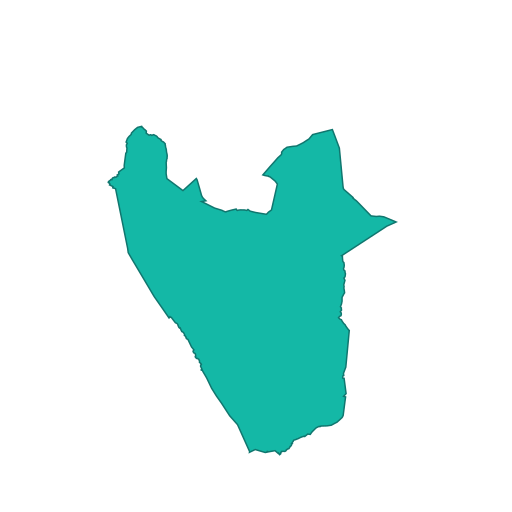 the district of Atarjea, Guanajuato, Mexico, rotated 315°
{"feature_id": "50627088B98903395743063", "entity_name": "Atarjea", "entity_type": "district", "adm_level": 2, "iso_a3": "MEX", "parent_name": "Mexico", "parent_adm1": "Guanajuato", "projection": "natural_earth1", "projection_center": [-99.815, 21.277], "detail": "fine", "context": "isolated", "style": "filled", "palette": "teal", "viewbox_px": 512, "rotation_deg": 315, "n_neighbors": 0, "source": "geoboundaries", "source_scale": "gbopen_adm2", "svg_char_len": 5785}
<svg xmlns="http://www.w3.org/2000/svg" viewBox="0 0 512 512"><g transform="rotate(315 256 256)"><path d="M112.6,390.2L118.6,392.3L123.6,401.5L125.1,402.5L125.5,402.2L125.8,402.1L126.1,402.6L125.9,402.9L125.9,403.0L131.8,407.1L132.1,411.1L132.6,411.2L132.3,412.4L132.2,412.5L132.2,413.2L132.3,413.2L133.7,413.3L133.8,412.9L134.6,412.4L135.5,412.6L135.9,412.3L136.6,412.9L137.1,413.3L137.7,414.0L138.2,414.6L139.5,414.9L140.1,414.7L140.5,414.5L141.1,414.8L141.8,414.7L142.4,415.2L142.8,415.3L143.2,415.5L143.5,415.3L143.8,415.3L144.4,415.2L144.7,415.1L145.2,414.9L145.5,414.8L145.7,415.0L145.8,415.0L146.6,415.0L147.3,414.8L147.8,414.6L147.9,414.4L148.6,414.2L148.9,414.2L148.7,413.8L149.0,413.8L149.5,413.6L150.0,413.5L150.5,413.4L151.0,413.4L151.7,413.2L152.0,413.0L152.7,413.0L154.4,414.0L155.3,414.2L156.0,414.7L159.6,415.9L160.1,416.2L160.4,416.2L160.6,416.4L161.6,416.9L161.8,417.1L162.3,417.3L162.7,417.4L162.8,418.1L165.6,418.4L166.5,418.4L167.2,419.2L167.4,419.4L168.2,420.5L168.8,420.4L170.5,420.1L171.7,420.0L172.7,420.0L173.1,420.0L176.1,420.0L177.2,420.1L177.6,420.2L180.2,421.1L180.5,421.9L181.6,422.1L186.1,426.3L189.6,428.9L193.4,430.0L195.8,430.8L202.4,431.1L203.5,430.9L205.0,430.3L216.0,421.8L219.7,419.0L218.7,417.2L222.4,417.0L231.8,404.8L231.0,404.0L231.1,403.8L231.1,403.4L231.8,402.9L232.5,402.3L233.2,402.2L233.6,402.5L234.9,400.8L240.9,398.1L269.3,374.6L269.2,374.3L269.4,372.3L269.9,369.2L270.4,367.6L270.3,365.7L270.8,362.9L271.3,361.5L270.7,359.9L270.7,358.0L272.4,357.8L273.9,358.3L275.2,357.5L276.0,356.5L276.1,355.0L276.3,354.9L278.0,354.8L278.4,354.6L278.7,353.8L279.6,353.2L279.8,351.6L282.5,350.4L284.9,348.8L287.6,346.1L291.8,344.8L292.6,344.7L294.1,342.8L295.5,340.7L296.5,340.1L297.7,338.4L301.7,336.1L302.5,333.8L304.3,333.6L305.7,332.6L306.8,331.7L307.2,330.7L307.7,330.3L308.4,329.2L308.2,327.9L309.2,326.6L310.3,326.2L311.9,324.9L313.5,322.8L313.5,321.3L315.6,318.7L317.0,317.2L316.7,316.3L369.6,327.4L379.1,331.0L374.1,318.7L371.5,315.2L369.0,313.1L365.7,309.0L366.0,288.6L365.9,287.0L365.8,286.9L365.6,284.4L365.5,283.5L366.0,283.3L365.2,271.1L365.6,269.9L366.3,268.9L367.0,268.0L391.2,238.7L396.4,227.3L399.4,220.6L390.3,215.2L388.3,214.0L384.1,211.5L381.9,210.2L376.1,210.7L373.6,210.1L369.6,209.3L366.2,208.2L362.4,206.9L359.6,204.5L354.8,201.0L352.3,200.6L350.9,200.3L347.5,200.7L346.9,201.4L346.6,201.8L345.4,202.2L344.9,202.2L340.8,202.0L334.8,202.4L329.1,202.7L322.5,203.2L318.2,203.5L319.0,205.1L319.8,206.3L320.3,207.0L321.0,208.0L321.1,208.4L321.3,208.4L321.3,208.8L321.9,210.2L322.5,216.5L322.0,220.2L319.2,222.0L299.5,234.4L295.8,233.8L294.0,233.9L292.8,233.8L286.5,225.0L283.6,220.2L283.2,217.4L281.7,217.3L280.4,215.3L277.6,212.4L276.4,211.4L275.0,210.6L274.9,210.3L274.9,209.7L275.1,209.4L275.2,208.8L271.4,206.4L266.8,203.8L266.3,203.7L265.9,203.4L265.7,203.3L265.5,203.1L265.4,202.8L264.8,201.4L264.7,201.1L264.6,200.8L264.2,199.6L260.6,192.8L256.0,179.0L259.6,181.5L259.5,178.2L259.7,176.5L260.3,174.7L264.5,167.2L268.2,160.5L268.6,159.0L250.6,158.1L247.7,138.3L250.7,134.2L252.1,132.8L255.1,130.2L256.9,128.2L258.2,126.8L258.6,126.3L259.7,125.7L260.6,124.9L261.2,124.5L262.3,124.0L262.7,123.5L263.6,122.8L264.4,122.0L264.6,121.7L265.3,120.8L265.5,120.3L266.1,119.5L267.0,118.2L267.6,117.7L267.9,117.0L268.3,116.6L269.2,114.8L269.7,114.4L270.6,112.9L271.1,112.6L271.2,111.3L271.2,109.9L270.8,108.8L270.5,107.1L271.2,106.5L271.0,105.8L270.8,105.2L270.5,104.1L270.3,103.7L270.3,103.3L270.3,102.4L270.5,101.6L270.3,100.3L269.8,99.1L269.6,98.5L269.6,98.1L269.4,97.9L269.2,97.6L268.9,97.5L267.6,97.1L267.5,96.7L267.4,95.9L266.7,95.4L265.8,95.0L265.2,91.5L266.8,90.2L266.8,88.4L266.6,87.5L266.7,84.2L266.3,83.9L266.7,83.4L263.2,81.3L259.6,80.9L254.8,81.0L253.7,81.8L250.8,81.7L248.2,82.0L244.7,83.6L244.7,85.2L244.5,85.5L243.9,85.5L243.1,85.7L242.6,86.1L242.1,86.6L241.5,87.4L241.1,88.4L237.7,91.3L236.7,91.2L226.9,98.7L225.2,100.6L220.5,99.8L218.2,99.5L217.1,101.0L215.1,100.6L214.9,101.4L214.7,101.2L214.5,101.5L214.2,101.5L213.5,101.4L212.9,101.3L212.5,101.2L212.4,101.0L212.3,100.8L212.3,100.6L212.2,100.5L212.1,100.3L211.7,100.2L211.0,100.2L210.9,100.0L210.7,99.8L210.4,99.6L209.9,99.5L209.5,99.5L209.1,99.5L208.9,99.6L208.5,99.9L208.4,100.1L208.1,100.2L207.9,100.0L207.6,99.5L207.4,99.3L207.2,99.3L206.9,99.4L206.6,99.4L206.2,99.4L205.7,99.3L205.2,99.2L204.8,99.1L204.4,99.1L204.0,99.2L203.7,99.4L203.5,99.7L203.3,99.8L203.2,99.8L202.9,99.9L203.0,99.9L203.5,100.0L203.9,100.1L204.0,100.2L203.9,100.7L203.7,101.7L203.5,102.0L202.7,102.2L204.0,105.8L202.9,106.5L204.3,109.1L170.6,159.9L168.0,163.3L165.9,171.2L157.3,205.0L156.5,208.0L155.3,212.8L152.9,226.3L150.7,238.3L152.3,238.1L152.3,238.9L152.7,239.5L151.8,246.2L152.4,247.8L152.4,248.5L152.0,249.9L151.7,250.0L151.2,251.4L151.3,251.4L151.1,252.0L151.0,252.6L151.4,252.9L151.1,253.2L151.2,253.8L151.3,253.8L150.7,255.3L150.7,255.1L150.6,255.3L150.6,255.8L150.4,256.1L150.1,257.0L150.4,257.4L150.5,258.4L150.5,258.5L150.5,259.4L149.9,261.1L149.2,261.5L149.4,262.7L149.3,263.2L149.2,263.4L149.0,263.8L149.1,264.0L148.9,264.4L148.4,265.0L148.5,265.8L148.9,266.8L146.1,274.7L146.1,274.8L145.7,278.5L144.4,278.7L144.2,278.8L144.0,279.0L143.5,280.4L143.8,280.9L144.0,282.0L143.8,282.7L143.3,283.0L142.8,283.9L142.6,284.2L141.7,284.3L141.5,286.2L141.8,286.9L142.1,286.9L142.2,287.0L142.3,287.5L142.5,288.7L142.2,289.4L142.0,289.6L142.0,290.1L141.7,290.4L141.0,291.0L140.8,291.3L141.0,292.8L140.9,292.9L140.8,293.0L140.8,294.0L140.3,294.2L139.7,294.1L138.9,294.7L138.6,295.3L138.3,296.5L138.2,296.7L138.0,297.2L137.9,297.4L136.7,297.7L136.6,297.8L136.9,298.5L137.2,298.8L137.3,298.8L136.7,300.4L135.3,305.8L134.8,307.6L131.1,318.1L129.0,327.2L127.6,335.4L124.4,350.4L123.7,362.2L117.0,379.8L113.2,389.8L112.6,390.2Z" fill="#14b8a6" stroke="#0f766e" stroke-width="1.5"/></g></svg>